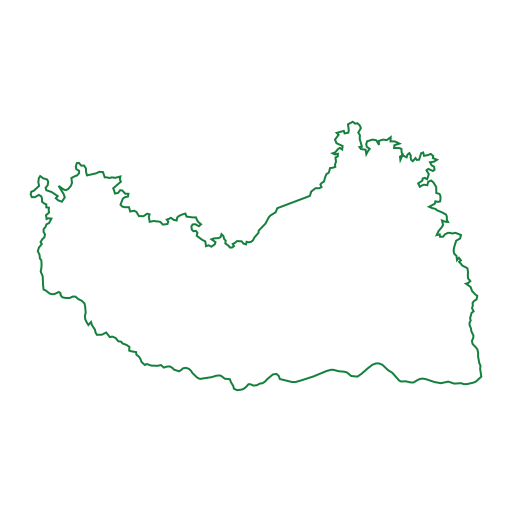 Palmas, Paraná, Brazil
{"feature_id": "56859067B83950244855736", "entity_name": "Palmas", "entity_type": "district", "adm_level": 2, "iso_a3": "BRA", "parent_name": "Brazil", "parent_adm1": "Paraná", "projection": "mercator", "projection_center": [-51.824, -26.422], "detail": "fine", "context": "isolated", "style": "outline", "palette": "green", "viewbox_px": 512, "rotation_deg": 0, "n_neighbors": 0, "source": "geoboundaries", "source_scale": "gbopen_adm2", "svg_char_len": 6023}
<svg xmlns="http://www.w3.org/2000/svg" viewBox="0 0 512 512"><path d="M402.4,155.3L401.6,152.0L401.4,148.9L399.6,148.1L394.1,148.0L394.4,145.2L399.4,143.6L394.8,141.4L390.5,141.4L390.7,137.2L386.8,140.1L383.1,139.6L378.8,140.9L379.0,144.9L376.3,140.3L372.6,139.6L367.1,141.3L366.2,144.3L366.8,146.8L369.7,148.9L368.3,150.6L366.3,154.2L365.6,149.7L360.9,149.0L359.5,147.1L361.9,146.7L359.7,138.9L359.9,135.2L358.3,132.5L360.9,128.1L359.6,125.2L357.3,123.2L355.3,123.7L352.7,121.8L348.0,124.3L348.8,130.2L348.3,132.7L344.6,133.4L343.8,130.9L336.7,132.9L338.6,134.8L335.0,139.6L336.5,143.2L342.6,146.0L342.2,149.5L339.8,147.9L337.9,149.2L335.3,152.3L332.6,153.3L335.0,154.5L337.9,153.8L337.8,156.4L335.5,157.5L336.0,161.8L335.0,164.4L335.3,166.9L332.9,167.7L330.0,168.1L329.3,171.1L328.4,173.0L326.5,174.0L325.3,176.8L323.9,181.6L321.9,182.8L320.4,184.4L321.5,187.1L319.1,188.3L315.5,188.2L311.2,191.6L309.9,195.9L277.3,208.2L275.6,212.3L270.4,215.5L268.8,217.3L265.4,223.7L258.7,230.6L258.5,232.8L254.4,237.5L252.9,240.4L251.1,241.8L248.8,242.3L246.6,241.8L246.0,244.4L243.5,243.6L241.6,241.3L237.0,241.1L235.2,242.7L232.7,244.0L234.0,246.1L232.1,247.5L229.9,247.5L228.6,245.8L225.3,243.4L225.7,240.6L224.2,239.1L223.3,235.9L221.5,234.2L220.7,237.0L218.8,238.1L213.9,238.4L211.5,239.3L215.5,242.1L214.8,244.3L211.4,246.7L208.7,245.3L206.0,246.2L205.3,241.4L202.3,239.9L196.7,235.8L197.4,232.7L195.9,230.9L193.4,231.2L191.8,229.6L191.4,226.4L192.6,224.5L195.2,224.2L198.9,226.2L201.0,224.3L198.4,222.1L197.0,220.1L196.0,217.4L192.6,217.4L186.5,216.6L185.4,213.6L182.2,214.5L179.1,215.9L177.3,217.4L176.6,220.5L173.8,219.9L170.8,217.8L168.7,219.0L166.8,219.6L168.3,221.7L167.5,224.0L162.9,224.6L160.2,221.8L153.8,221.0L149.7,221.8L148.8,216.7L149.6,214.4L147.2,213.7L143.5,216.2L138.9,216.1L136.5,212.0L134.2,210.7L130.2,211.5L129.0,207.2L124.5,207.2L122.3,206.6L120.5,204.7L122.8,198.7L124.9,197.2L128.0,196.5L128.4,193.8L125.2,193.7L122.3,190.5L120.2,190.2L118.0,193.0L114.9,193.5L114.3,191.2L113.2,188.3L120.9,181.7L119.8,179.2L120.4,176.5L115.4,177.8L111.8,177.4L109.1,178.0L106.7,177.3L104.7,177.3L103.0,172.1L99.3,171.8L96.3,173.3L87.0,175.4L86.1,172.2L85.9,168.4L84.1,165.6L81.2,165.6L78.9,162.9L76.8,163.1L75.8,166.7L76.3,169.2L79.1,170.8L79.1,173.2L77.0,175.5L75.1,176.1L71.4,178.0L72.0,182.9L70.9,185.8L68.4,188.8L66.1,190.1L63.8,189.6L58.6,185.9L63.6,194.0L64.8,197.3L61.9,201.7L58.1,200.3L55.8,198.2L57.7,196.1L51.6,192.0L46.3,190.2L45.6,187.8L47.7,185.2L48.2,181.6L47.1,179.5L43.2,178.3L40.2,176.1L38.8,178.3L38.3,182.1L39.1,185.9L33.7,190.8L31.2,191.8L30.7,194.3L31.8,197.1L34.8,197.2L38.9,194.9L41.3,196.4L42.0,198.7L42.0,201.6L43.9,203.3L46.3,204.4L46.3,207.3L48.9,207.7L48.7,210.3L49.0,212.6L46.0,215.2L46.6,219.0L48.4,218.3L51.4,218.6L49.1,223.0L46.4,224.4L45.5,226.9L43.6,229.2L43.6,232.0L45.0,234.4L44.4,237.2L42.1,239.5L40.6,242.2L41.8,244.0L38.9,247.6L37.8,251.3L39.5,254.6L39.9,258.5L41.3,260.2L41.6,264.4L41.4,267.7L40.7,271.6L42.7,276.2L43.1,285.5L43.6,289.6L45.6,290.4L49.7,293.6L52.2,294.2L54.3,294.1L58.8,292.0L60.5,293.2L60.7,295.3L62.4,297.3L65.0,297.9L69.7,298.0L72.6,296.6L75.5,296.6L78.1,299.0L81.8,300.8L84.5,303.4L85.2,306.9L85.7,312.8L84.9,315.8L85.2,319.1L86.6,322.2L88.4,325.0L91.0,322.0L91.8,324.8L95.0,329.8L95.5,332.4L96.9,334.8L101.9,334.7L106.2,332.5L109.8,337.1L112.3,336.6L115.7,338.0L118.2,341.2L121.2,341.7L122.4,343.4L126.7,345.0L129.4,346.9L129.2,350.6L131.3,351.3L136.1,352.1L136.4,354.7L139.0,356.7L140.6,359.3L141.5,362.0L144.9,365.0L146.8,364.0L151.2,365.6L157.5,365.8L161.0,365.1L163.9,367.6L166.8,366.6L169.8,366.4L172.5,368.0L173.9,369.6L179.0,371.3L181.3,369.9L182.9,368.4L185.7,367.8L188.9,368.8L191.0,370.8L192.4,373.0L196.2,376.7L197.8,378.0L200.1,378.9L211.9,377.1L216.0,375.8L219.1,375.4L221.0,375.8L224.8,378.7L229.8,379.2L231.2,382.7L233.2,385.8L233.9,388.7L237.2,390.2L242.1,389.5L244.1,388.5L246.4,386.6L248.5,384.2L250.6,384.3L253.3,385.6L256.9,385.2L260.0,383.5L262.3,383.3L264.9,381.7L267.4,379.0L272.8,374.5L276.4,373.9L278.8,376.0L279.8,379.0L292.0,382.0L295.3,382.1L300.5,380.6L313.3,376.5L326.6,371.0L331.0,369.8L333.2,369.8L338.6,371.2L344.1,371.7L346.9,372.4L351.2,376.0L357.4,376.6L361.4,373.9L367.8,368.3L372.5,364.7L376.0,363.4L378.8,363.4L382.3,364.7L388.0,370.1L392.3,372.8L399.2,380.6L401.1,381.5L405.8,381.3L410.3,382.4L413.4,382.5L418.0,379.8L420.2,378.9L422.7,378.6L425.3,379.0L434.8,382.1L440.9,383.2L448.3,381.6L454.2,383.6L461.2,383.2L463.8,384.1L467.0,384.1L473.2,382.7L475.7,381.7L481.3,376.7L480.1,368.5L480.5,365.8L479.3,363.1L478.1,356.7L478.1,352.5L477.4,349.4L476.0,347.5L472.6,344.0L471.9,340.9L473.1,338.4L473.5,335.8L471.3,331.1L471.0,328.6L469.6,325.1L469.5,322.7L470.7,320.5L470.1,318.2L471.6,312.8L473.6,311.4L472.0,308.1L472.8,305.7L472.6,302.9L474.1,300.9L476.5,299.5L477.3,295.9L474.7,293.9L472.0,290.9L470.6,287.0L466.0,283.7L468.3,283.0L470.3,281.1L468.1,278.5L467.8,275.6L468.0,271.8L467.4,268.2L462.2,265.5L460.9,263.7L459.1,261.9L460.9,260.4L458.9,257.8L457.0,260.0L456.5,256.0L454.1,253.5L453.6,250.5L454.1,247.4L456.2,240.7L460.1,238.5L461.0,235.0L455.3,232.8L452.4,233.5L450.1,232.9L447.8,232.9L444.9,234.4L443.1,236.7L440.1,236.8L439.7,234.4L436.7,235.1L438.6,231.0L441.7,227.3L443.1,224.9L442.0,220.5L444.8,221.6L448.0,222.0L446.9,220.0L446.8,216.6L446.0,214.5L442.1,212.4L437.0,210.3L435.5,208.9L432.1,208.1L429.1,206.8L434.8,203.7L435.4,201.3L438.0,201.9L440.1,201.4L440.5,198.7L440.4,195.9L439.4,193.9L436.3,193.0L436.2,187.0L433.5,182.6L431.2,180.5L428.2,181.8L427.3,185.2L424.0,184.7L421.6,185.6L419.9,186.8L418.2,183.4L422.3,180.7L422.7,178.5L424.8,177.9L427.1,179.2L428.8,174.2L426.5,170.3L428.3,168.9L432.9,171.0L434.5,169.8L434.1,166.7L431.7,165.4L430.0,162.3L433.9,161.7L437.0,159.8L432.9,158.1L433.2,156.0L430.7,153.9L427.9,155.1L424.0,155.8L423.2,152.5L421.1,153.3L419.1,159.7L416.7,159.9L415.5,158.1L412.8,161.2L411.2,159.9L410.6,157.8L410.8,155.6L409.4,153.1L407.5,154.6L406.6,157.3L402.4,155.3ZM402.4,155.3L400.4,159.9L400.0,156.6L402.4,155.3Z" fill="none" stroke="#15803d" stroke-width="2"/></svg>